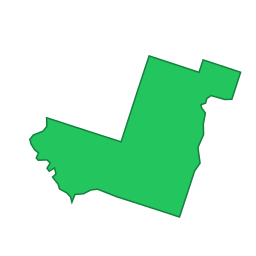 Muskogee, Oklahoma, United States of America, rotated 108°
{"feature_id": "52423323B58329438653924", "entity_name": "Muskogee", "entity_type": "district", "adm_level": 2, "iso_a3": "USA", "parent_name": "United States of America", "parent_adm1": "Oklahoma", "projection": "orthographic", "projection_center": [-95.338, 35.56], "detail": "fine", "context": "isolated", "style": "filled", "palette": "green", "viewbox_px": 256, "rotation_deg": 108, "n_neighbors": 0, "source": "geoboundaries", "source_scale": "gbopen_adm2", "svg_char_len": 828}
<svg xmlns="http://www.w3.org/2000/svg" viewBox="0 0 256 256"><g transform="rotate(108 128 128)"><path d="M52.9,130.2L65.4,130.3L74.7,130.3L87.8,130.4L141.2,130.3L143.3,130.4L143.4,155.7L143.4,208.6L151.5,205.7L157.3,207.9L163.8,215.8L169.1,217.9L173.5,215.0L177.8,209.7L179.3,205.4L184.9,206.0L186.4,203.4L183.4,195.3L185.3,191.2L191.3,192.6L193.5,189.6L188.7,185.5L194.0,182.3L198.0,184.6L203.2,176.9L207.1,174.4L208.6,166.2L211.3,161.4L216.0,158.4L207.6,157.9L204.3,150.0L198.5,144.3L195.6,138.1L196.9,117.0L196.8,104.0L196.7,56.6L196.8,55.8L196.7,51.5L162.8,51.4L157.5,51.4L148.5,51.4L139.1,48.6L124.9,55.5L110.9,54.1L100.9,57.6L91.6,58.8L89.9,59.0L85.8,64.5L83.3,65.8L80.4,61.9L75.6,62.1L71.5,59.0L71.0,44.7L68.6,38.1L40.2,38.1L40.0,77.6L53.1,77.7L52.9,130.2Z" fill="#22c55e" stroke="#15803d" stroke-width="1.5"/></g></svg>